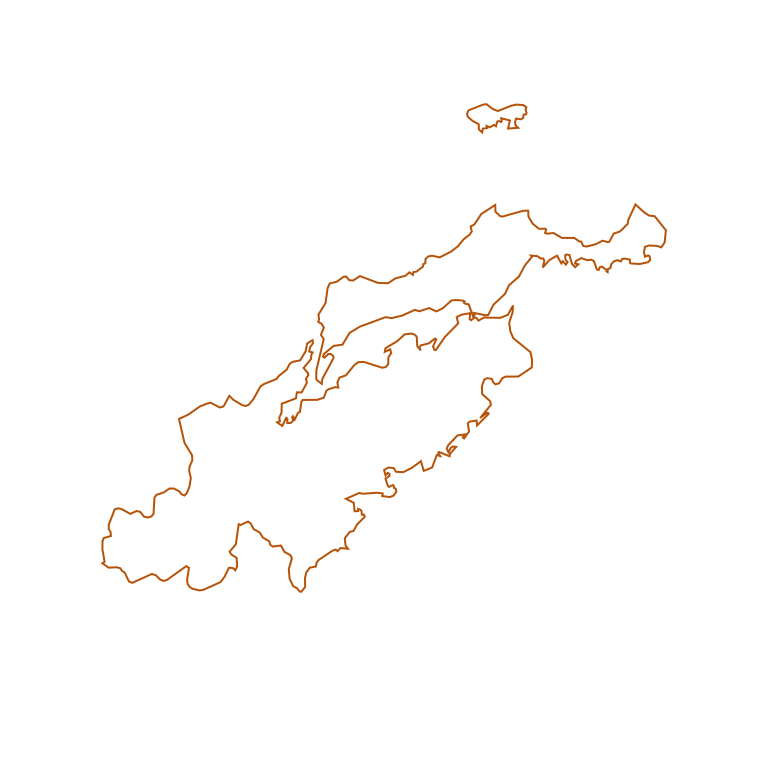 Stereá Elláda, Natural Earth projection, rotated 305°
{"feature_id": "GRC-2989", "entity_name": "Stereá Elláda", "entity_type": "Region", "adm_level": 1, "iso_a3": "GRC", "parent_name": "Greece", "parent_adm1": "", "projection": "natural_earth1", "projection_center": [23.212, 38.602], "detail": "fine", "context": "isolated", "style": "outline", "palette": "amber", "viewbox_px": 768, "rotation_deg": 305, "n_neighbors": 0, "source": "natural_earth", "source_scale": "10m", "svg_char_len": 6151}
<svg xmlns="http://www.w3.org/2000/svg" viewBox="0 0 768 768"><g transform="rotate(305 384 384)"><path d="M378.9,300.3L376.7,302.4L371.5,302.4L367.7,304.1L368.9,307.4L366.3,307.7L362.5,309.9L351.0,308.9L349.2,315.8L347.9,316.9L343.3,317.1L340.9,320.1L329.9,321.4L327.2,317.4L321.8,320.1L309.2,311.6L301.7,316.5L296.3,317.5L293.9,320.1L291.3,318.4L291.3,324.7L300.2,323.3L300.2,324.7L296.6,327.1L298.4,329.8L302.0,330.8L304.0,327.9L305.3,327.9L304.0,331.2L311.3,330.1L312.8,331.2L322.0,326.6L324.3,326.5L332.7,338.4L338.3,342.5L345.3,340.7L347.8,341.5L353.5,345.9L354.8,348.6L358.6,344.9L363.7,343.9L369.4,347.9L382.6,348.8L387.3,350.6L390.6,355.0L396.3,373.2L398.9,375.7L402.5,376.1L408.6,372.2L413.4,372.2L416.0,369.2L410.8,366.2L414.3,364.7L426.7,370.3L436.4,372.4L441.1,377.6L442.0,380.8L441.5,383.7L434.1,389.5L432.6,394.8L434.5,392.1L436.7,392.0L442.9,397.3L450.5,399.7L450.5,401.2L442.8,402.7L440.8,405.9L441.8,407.0L457.4,406.9L476.2,410.0L480.5,405.2L485.1,407.6L491.4,413.9L486.2,417.0L486.2,418.7L490.5,420.2L491.2,421.7L490.1,425.0L495.8,427.8L504.8,441.2L511.7,445.8L522.3,444.7L516.5,448.2L506.0,451.4L499.6,457.3L495.7,463.6L494.1,485.6L489.1,491.1L482.4,495.6L467.1,489.7L459.9,479.5L457.0,477.7L450.4,477.8L447.6,475.4L448.1,472.3L450.0,469.5L448.2,465.4L445.2,463.6L438.3,465.5L432.1,470.2L430.8,480.8L428.3,483.5L411.4,482.3L419.6,484.9L420.0,486.5L419.2,486.8L403.4,484.0L407.2,480.8L402.3,475.7L399.9,475.2L393.9,480.9L385.4,480.8L385.4,479.2L389.1,479.2L384.1,473.7L370.5,471.7L367.1,472.4L365.0,475.9L370.2,475.3L372.6,476.6L373.8,479.2L365.0,478.1L362.4,479.2L359.9,468.0L358.6,468.0L357.2,471.3L356.1,468.0L343.2,471.3L335.6,466.4L342.0,458.5L331.5,455.0L322.9,450.4L319.0,444.2L320.7,440.1L318.0,435.4L313.6,433.4L310.0,437.7L313.3,438.1L313.6,440.0L311.8,441.2L307.3,439.5L302.6,445.8L302.6,447.2L306.2,449.0L306.2,450.4L304.6,451.8L305.0,453.7L302.8,455.9L298.0,455.8L294.8,453.7L291.2,446.9L293.6,445.8L291.0,440.7L282.1,429.8L280.5,426.2L268.1,418.7L269.3,427.5L262.9,432.9L265.1,435.7L266.8,434.5L267.5,436.7L267.0,438.4L264.2,440.9L265.5,442.5L264.4,444.4L253.3,442.5L246.3,443.3L242.9,440.7L235.1,440.4L229.7,445.1L228.4,449.0L224.7,442.5L220.4,441.8L220.7,439.4L217.9,437.4L202.4,431.4L198.8,431.3L195.4,432.9L191.0,428.6L185.4,428.4L180.0,430.4L172.5,435.8L166.5,435.5L165.6,433.9L166.8,430.0L166.3,425.5L170.2,418.5L177.9,412.1L188.3,408.6L190.1,405.8L189.4,398.7L192.6,392.2L187.1,386.2L187.0,383.0L189.4,380.2L188.7,373.1L191.1,367.2L190.3,360.7L193.3,354.8L193.3,351.5L186.1,347.3L185.8,345.4L167.7,354.6L158.0,353.7L156.8,356.7L157.0,363.1L150.2,368.4L146.1,369.0L146.6,365.9L144.6,362.4L134.5,364.0L128.0,363.7L111.9,354.2L109.1,351.3L106.4,344.5L106.3,341.3L107.6,337.7L110.7,335.0L121.5,329.7L121.4,326.5L99.0,318.6L96.2,316.3L95.4,313.0L96.5,306.8L95.2,302.8L76.7,291.8L75.9,288.5L80.8,279.7L80.7,276.5L81.8,273.5L80.5,270.1L75.6,263.7L75.6,256.1L78.1,257.1L86.9,248.3L93.7,243.6L97.1,242.8L102.9,247.5L106.0,244.8L107.2,241.8L111.0,239.2L126.9,235.3L129.7,237.6L131.1,241.0L132.1,250.7L138.0,254.1L139.4,257.5L137.7,263.6L139.1,267.0L142.0,269.3L145.2,269.8L159.2,261.2L162.6,261.1L169.0,265.9L175.2,268.1L177.8,271.7L178.7,278.2L177.5,281.2L178.2,284.5L181.4,285.0L188.3,283.5L196.2,279.7L201.2,274.1L204.9,272.1L211.7,270.7L215.6,267.5L221.3,254.4L237.8,236.1L246.8,241.3L259.9,246.0L266.3,250.2L269.2,252.6L270.6,263.0L273.5,265.4L285.6,264.1L284.6,269.7L285.4,280.0L286.7,283.4L289.7,285.2L296.9,285.7L311.0,284.2L314.8,285.5L326.5,293.1L329.8,293.1L339.9,296.0L346.6,295.2L349.7,296.4L355.3,301.8L366.0,301.0L373.2,297.8L378.9,300.3ZM675.3,487.0L673.8,498.6L674.0,504.5L676.7,509.5L671.6,526.8L660.9,532.7L654.9,532.7L653.8,528.6L649.4,521.6L646.0,519.1L641.1,521.3L638.0,524.8L640.9,526.8L640.9,528.6L638.1,530.9L635.3,530.5L629.1,524.8L624.4,517.2L624.4,515.9L626.9,514.1L624.6,508.9L622.9,507.3L620.4,507.8L619.2,504.0L616.1,501.9L612.2,501.5L609.0,503.0L606.5,501.5L603.9,503.0L604.0,501.5L605.1,501.3L605.1,495.1L603.6,493.8L600.5,494.4L599.9,492.7L605.1,485.4L604.7,482.5L601.9,479.4L600.3,473.4L595.0,470.7L592.3,471.3L593.5,474.5L589.3,473.5L590.2,469.2L596.1,461.8L594.3,458.7L592.8,458.8L589.7,461.8L589.2,464.5L586.1,464.5L587.1,460.1L584.5,460.1L588.4,452.1L580.5,448.4L570.4,447.2L576.8,444.7L578.2,442.5L576.7,440.4L576.7,436.3L573.5,430.7L572.9,432.2L562.1,431.4L549.4,432.9L536.6,429.8L527.3,431.4L511.7,428.2L500.3,429.8L498.4,427.5L493.9,417.0L492.6,418.6L490.1,418.7L497.8,407.7L496.4,404.4L496.4,402.7L497.8,402.7L497.8,401.2L493.8,394.4L491.1,391.3L480.0,388.8L473.5,385.3L472.1,377.4L463.8,371.2L462.5,366.8L450.5,359.7L442.3,352.4L439.6,346.9L417.1,331.3L406.2,326.5L392.4,327.4L386.3,320.9L373.9,317.5L371.4,318.4L371.4,320.1L376.6,321.2L378.1,323.2L377.8,326.5L376.2,327.8L352.7,330.6L348.5,332.9L348.6,327.7L349.3,325.6L356.3,320.8L386.2,308.9L388.1,304.1L395.7,302.4L397.6,298.3L397.1,294.6L399.8,293.7L403.2,290.5L416.7,289.7L430.3,282.8L435.1,281.9L440.8,286.7L448.6,289.4L450.4,291.4L449.1,295.9L451.0,299.3L458.6,302.4L463.3,320.9L468.8,329.4L477.1,332.8L485.1,339.6L490.0,340.7L490.0,345.1L492.5,343.9L494.8,346.2L502.7,348.6L504.6,347.4L506.6,348.6L510.2,346.3L513.9,347.1L516.8,350.0L519.7,357.0L530.7,362.9L539.0,365.5L548.0,366.2L555.8,368.5L559.3,368.4L562.6,364.6L566.6,366.5L579.1,366.2L594.5,372.4L589.0,376.5L588.1,382.8L589.1,385.0L605.8,398.7L608.7,402.7L604.0,406.3L600.6,413.9L600.0,421.9L603.6,426.8L603.6,428.2L600.1,429.3L600.7,431.4L604.9,436.3L605.7,445.9L612.8,456.1L612.8,462.3L613.8,463.8L611.4,468.0L612.8,471.1L620.2,477.5L626.7,480.8L628.7,486.2L630.0,487.0L639.0,485.9L644.2,489.8L654.9,491.8L658.4,490.0L675.3,487.0ZM688.7,332.0L692.4,338.1L692.4,341.9L690.0,342.5L687.7,345.4L686.3,345.6L684.8,343.9L681.7,345.4L679.5,344.5L677.1,339.9L673.6,341.2L671.4,343.3L670.8,346.9L664.4,339.1L672.1,336.0L668.9,327.6L666.9,329.6L665.8,329.6L665.2,327.0L663.6,326.3L659.3,327.9L659.3,325.4L655.1,323.6L654.2,320.1L652.9,321.7L649.8,318.5L646.4,320.1L646.9,315.7L651.2,312.5L650.3,305.7L651.0,299.3L652.8,297.2L656.6,296.2L669.5,304.8L672.0,307.4L671.7,315.4L672.9,320.7L684.8,328.5L688.7,332.0Z" fill="none" stroke="#b45309" stroke-width="2"/></g></svg>